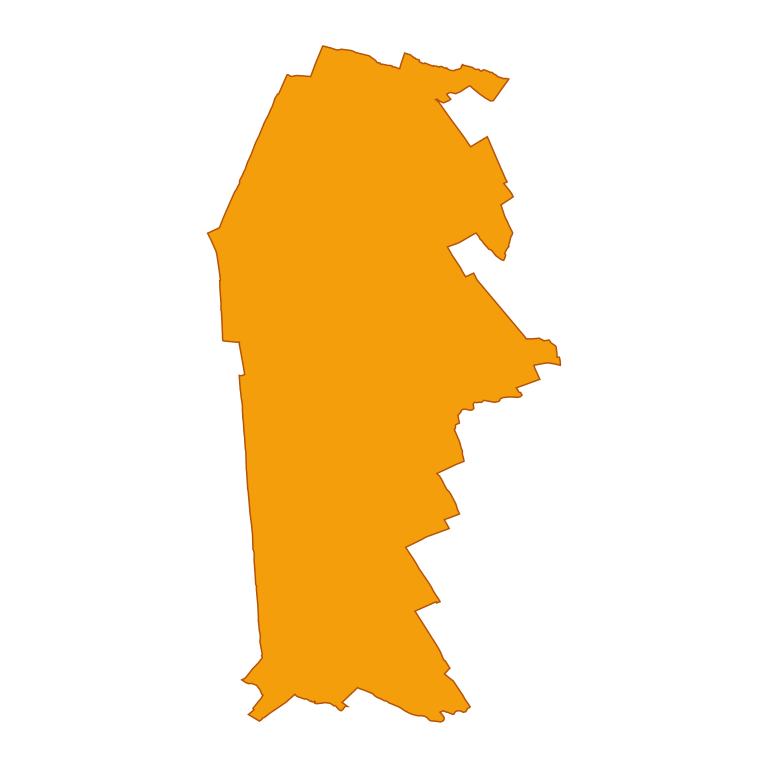 the district of Plugari, Iasi, Romania
{"feature_id": "2599482B58803848767416", "entity_name": "Plugari", "entity_type": "district", "adm_level": 2, "iso_a3": "ROU", "parent_name": "Romania", "parent_adm1": "Iasi", "projection": "natural_earth1", "projection_center": [27.117, 47.485], "detail": "fine", "context": "isolated", "style": "filled", "palette": "amber", "viewbox_px": 768, "rotation_deg": 0, "n_neighbors": 0, "source": "geoboundaries", "source_scale": "gbopen_adm2", "svg_char_len": 5998}
<svg xmlns="http://www.w3.org/2000/svg" viewBox="0 0 768 768"><path d="M239.2,375.4L240.3,389.9L240.6,391.6L241.2,397.6L242.4,405.1L242.5,412.7L242.8,414.5L242.7,416.9L243.4,422.0L244.0,432.2L244.6,437.1L245.3,448.3L245.9,452.1L246.1,462.9L246.3,464.1L246.2,465.3L246.4,466.5L246.2,467.7L246.8,473.8L247.7,489.0L248.2,491.4L250.1,513.8L251.4,523.7L252.5,534.4L253.0,549.4L253.7,550.9L254.2,553.7L254.1,560.2L255.3,576.6L255.6,583.6L255.8,584.7L256.7,586.4L256.4,586.8L256.4,589.4L257.9,605.9L258.4,617.7L258.3,620.5L258.9,625.3L259.3,630.7L260.1,633.6L260.3,637.4L259.9,641.7L262.3,654.5L261.5,655.6L262.4,657.4L258.6,662.6L252.6,668.8L246.7,676.4L245.0,678.2L241.7,679.9L246.0,682.7L248.9,683.7L251.6,683.4L256.3,685.2L257.0,685.8L260.2,690.2L261.5,693.5L261.9,694.3L263.0,695.1L261.0,698.4L252.9,708.4L253.9,709.8L248.4,714.5L259.4,721.1L261.9,719.4L262.4,718.2L264.5,717.4L270.0,713.1L285.8,702.4L294.9,694.3L295.8,695.4L297.0,696.4L304.6,699.1L306.4,698.8L310.5,701.4L311.4,701.1L311.8,701.7L312.7,702.0L313.4,701.8L313.9,701.3L315.2,701.6L315.1,702.1L314.5,702.6L314.5,703.1L315.1,703.4L316.9,703.7L322.9,703.0L324.4,702.6L329.9,703.2L333.1,705.1L333.6,705.8L335.5,705.8L338.9,709.7L340.5,710.6L341.6,710.6L343.1,709.2L344.9,706.7L345.9,706.3L347.5,706.4L342.1,702.4L357.6,687.6L359.2,688.5L363.8,690.0L372.9,693.8L374.3,695.5L377.6,697.6L380.7,698.8L384.1,700.6L386.8,701.2L389.5,703.2L391.4,703.8L398.3,706.7L401.1,708.2L404.3,710.5L408.8,712.9L411.5,714.1L416.3,715.4L419.8,715.9L421.5,715.6L424.9,716.4L426.8,717.4L429.4,720.2L430.7,720.8L436.5,721.3L440.2,721.9L441.7,721.6L443.4,720.6L444.1,719.6L444.1,717.3L442.2,714.6L440.0,712.2L443.3,710.8L446.4,712.1L447.7,712.3L452.9,714.4L454.3,713.8L454.6,712.7L455.6,711.5L457.0,710.9L459.8,710.8L461.5,711.3L463.1,712.3L465.4,711.8L466.5,710.7L466.9,709.4L467.9,708.2L469.5,707.6L470.2,706.9L464.7,698.8L463.0,695.6L453.3,681.0L448.4,677.2L444.5,673.9L448.7,669.3L449.9,668.3L445.4,661.0L443.6,659.7L440.3,651.7L436.7,645.4L415.0,611.1L434.4,602.5L436.2,601.9L436.6,603.0L440.1,601.7L438.0,598.1L436.9,596.7L433.4,591.1L431.2,586.8L428.4,582.3L419.1,568.8L416.2,563.5L412.9,558.2L409.6,553.4L405.7,547.3L422.3,539.2L426.1,537.0L449.2,528.5L444.3,519.7L459.5,514.0L457.1,508.5L456.3,505.3L455.6,503.4L450.7,494.1L449.0,491.7L446.7,489.2L444.6,485.5L442.2,480.5L439.5,476.0L436.8,473.5L456.5,464.3L464.0,461.3L463.5,458.2L462.4,454.4L462.4,451.3L462.1,450.1L461.1,447.9L460.4,444.6L459.2,440.9L454.3,429.5L455.4,428.3L455.5,425.8L455.8,424.6L459.4,423.1L457.8,415.2L458.6,414.7L460.9,412.0L460.9,411.5L461.5,410.8L461.6,410.1L462.5,409.5L464.0,409.2L465.5,409.2L470.1,410.2L471.4,410.1L472.6,409.7L473.6,408.8L473.9,408.0L473.4,406.3L473.5,405.8L473.2,404.2L474.1,402.7L474.8,402.3L475.6,402.3L476.8,402.7L479.5,402.2L481.2,402.4L482.3,401.8L483.6,400.6L484.5,400.4L488.9,401.3L494.7,402.3L497.6,401.7L499.3,401.0L499.7,400.5L500.2,399.0L500.6,398.6L503.1,397.6L509.5,396.9L517.5,397.3L519.9,396.9L521.6,395.7L521.9,395.4L522.0,394.7L521.0,393.5L520.6,392.5L519.2,392.2L518.4,391.7L518.1,390.3L516.2,387.9L539.8,379.3L534.7,368.0L534.1,365.2L546.1,363.0L548.5,362.9L555.4,364.1L560.3,365.3L560.4,364.1L560.1,360.6L559.5,357.7L559.1,357.1L557.0,357.0L557.0,354.2L556.2,347.4L555.9,346.5L555.1,345.6L551.1,342.9L549.2,340.0L544.3,340.8L543.1,340.4L542.0,339.5L540.6,339.2L539.5,338.2L531.2,338.9L526.0,338.8L525.4,337.5L520.3,331.4L477.6,280.6L476.9,279.6L473.7,273.1L465.6,276.8L462.3,271.4L460.6,267.9L452.2,255.3L447.4,246.9L459.1,242.7L475.4,233.2L476.1,233.2L478.9,236.5L480.1,239.2L482.3,241.2L483.4,243.0L489.0,249.3L491.0,249.9L491.8,250.6L495.8,255.7L501.2,259.6L503.7,260.4L504.6,258.5L505.7,254.8L504.6,253.5L506.4,249.8L507.7,247.9L508.9,246.5L508.5,246.0L511.1,236.1L511.9,235.3L512.7,232.8L508.8,225.1L507.2,221.2L506.1,219.4L504.5,215.7L501.3,205.8L500.8,205.0L513.2,196.8L511.8,194.0L510.1,191.4L503.8,183.5L507.2,181.9L505.7,179.3L500.9,168.4L487.3,136.7L470.6,146.8L464.3,137.5L450.4,118.6L440.4,104.5L438.8,102.3L437.0,100.5L435.7,99.6L437.3,99.1L438.6,100.5L442.4,102.5L443.8,102.8L448.8,100.6L450.8,99.2L446.8,94.6L446.7,94.1L450.2,92.4L455.7,93.7L460.3,91.7L467.5,87.0L469.9,85.8L473.4,88.9L479.8,94.1L485.3,98.0L490.7,101.0L493.4,100.6L508.8,79.1L507.4,78.6L503.0,78.5L500.7,77.5L498.5,77.1L497.7,76.6L495.9,74.9L494.0,74.0L492.1,72.4L489.7,72.3L489.4,71.8L485.6,70.3L483.3,69.8L481.9,70.9L480.7,71.1L478.8,69.3L475.4,69.4L472.2,67.3L470.2,66.9L469.4,66.5L466.7,66.1L465.8,65.6L464.3,65.5L462.6,64.6L462.5,65.3L462.1,65.1L461.7,65.5L461.0,68.0L460.5,68.5L457.7,69.5L456.0,69.6L454.3,70.7L450.2,70.3L447.1,68.6L446.8,67.9L446.3,67.9L445.9,68.5L445.3,68.4L443.4,67.3L441.1,66.4L439.7,66.6L439.4,67.1L439.0,67.1L436.8,66.2L434.2,66.0L433.2,65.6L432.8,66.0L432.3,65.9L425.6,63.3L424.6,63.1L424.1,63.6L423.1,63.6L421.4,62.6L420.5,62.5L419.2,61.5L419.2,61.3L419.5,60.6L419.1,59.8L415.7,58.9L415.4,58.2L413.6,57.6L413.2,56.9L411.8,56.1L410.6,54.9L409.3,54.4L407.7,54.2L407.0,53.7L405.4,53.4L404.7,53.0L401.0,63.9L399.7,68.6L399.0,68.6L394.7,67.0L392.6,66.8L392.2,66.0L391.5,65.7L389.9,65.4L388.0,65.4L382.0,64.1L381.3,64.5L380.8,64.3L380.1,63.1L379.0,63.0L378.7,62.7L377.2,62.6L375.5,60.4L369.1,55.8L355.6,52.5L353.4,51.3L351.0,50.5L341.2,49.2L338.9,50.0L336.2,49.8L331.6,48.2L323.5,46.1L322.7,46.1L315.4,63.8L310.7,76.5L297.2,75.5L294.7,75.8L291.5,76.5L289.9,75.9L288.2,74.8L287.4,74.7L287.0,74.9L278.8,93.6L278.3,94.1L277.7,94.0L274.9,98.5L272.5,105.9L270.4,110.2L268.2,115.3L264.2,123.0L259.1,135.6L255.6,142.8L250.8,155.4L247.4,162.6L245.3,169.1L243.6,172.3L242.4,175.3L239.9,179.9L239.6,180.8L239.5,183.9L239.0,184.2L236.6,189.0L234.4,192.4L224.1,216.0L219.8,226.8L219.1,227.9L207.6,233.2L210.4,238.7L215.9,250.9L216.8,254.1L218.6,266.1L220.4,279.6L220.4,280.2L219.7,280.5L220.0,289.6L221.0,303.0L221.0,310.5L221.4,311.0L221.9,320.1L222.7,340.2L223.2,340.9L235.4,342.1L239.5,342.2L239.5,342.6L239.2,342.9L239.2,343.7L242.5,361.5L244.7,374.5L241.2,375.8L239.2,375.4Z" fill="#f59e0b" stroke="#b45309" stroke-width="1.5"/></svg>